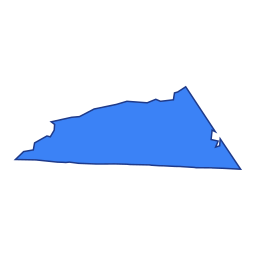 the district of Grayson, Virginia, United States of America
{"feature_id": "52423323B9140975036391", "entity_name": "Grayson", "entity_type": "district", "adm_level": 2, "iso_a3": "USA", "parent_name": "United States of America", "parent_adm1": "Virginia", "projection": "natural_earth1", "projection_center": [-81.229, 36.683], "detail": "fine", "context": "isolated", "style": "filled", "palette": "blue", "viewbox_px": 256, "rotation_deg": 0, "n_neighbors": 0, "source": "geoboundaries", "source_scale": "gbopen_adm2", "svg_char_len": 744}
<svg xmlns="http://www.w3.org/2000/svg" viewBox="0 0 256 256"><path d="M215.3,131.7L185.7,86.8L177.7,92.0L174.5,92.9L173.4,99.8L160.5,101.3L155.8,99.3L147.2,102.8L126.9,101.3L116.4,104.4L94.1,109.0L79.5,116.6L71.6,117.3L51.2,121.8L54.6,124.4L54.2,130.2L50.3,136.8L46.9,136.0L34.6,142.9L33.3,149.9L23.6,151.6L15.4,159.5L35.9,159.9L57.3,162.1L63.0,162.3L65.8,162.5L69.3,162.1L78.5,163.3L96.6,164.0L102.3,164.0L114.6,163.9L126.8,164.2L130.1,164.5L149.7,164.9L151.2,165.2L159.1,165.7L163.7,165.8L174.8,166.4L180.6,166.5L181.4,166.6L194.1,167.4L196.1,167.7L211.6,167.8L212.1,167.9L223.5,168.3L240.6,169.2L220.2,138.8L219.7,145.8L215.6,147.1L218.1,141.1L211.1,139.5L212.1,130.2L215.3,131.7Z" fill="#3b82f6" stroke="#1e3a8a" stroke-width="1.5"/></svg>